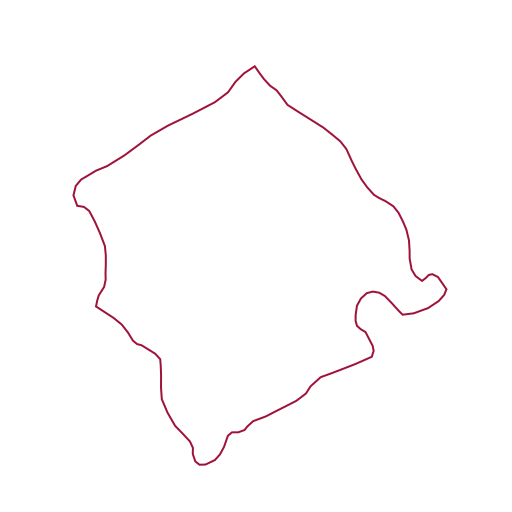 Mougalaba, Ngounié, Gabon (Equal Earth projection), rotated 160°
{"feature_id": "22940354B67008732943825", "entity_name": "Mougalaba", "entity_type": "district", "adm_level": 2, "iso_a3": "GAB", "parent_name": "Gabon", "parent_adm1": "Ngounié", "projection": "equal_earth", "projection_center": [10.772, -2.045], "detail": "fine", "context": "isolated", "style": "outline", "palette": "rose", "viewbox_px": 512, "rotation_deg": 160, "n_neighbors": 0, "source": "geoboundaries", "source_scale": "gbopen_adm2", "svg_char_len": 1636}
<svg xmlns="http://www.w3.org/2000/svg" viewBox="0 0 512 512"><g transform="rotate(160 256 256)"><path d="M406.8,364.3L400.9,361.0L397.3,355.3L395.7,343.7L394.8,330.9L394.6,317.0L396.9,308.0L400.0,299.5L403.4,291.0L405.4,285.1L409.3,278.9L412.9,276.1L417.2,272.8L420.4,268.5L423.6,263.3L411.2,246.8L405.6,237.5L402.5,227.9L400.6,218.6L397.9,213.9L394.1,211.3L384.1,198.6L381.3,191.8L383.1,185.3L386.1,176.1L390.3,164.7L393.5,153.6L392.7,139.0L390.1,124.1L385.5,113.8L381.5,104.3L380.9,97.3L383.1,91.6L383.3,83.8L380.5,79.2L374.8,77.3L364.4,78.3L357.7,81.9L351.3,87.6L343.9,96.7L338.9,98.5L333.1,96.4L326.3,96.4L322.4,98.8L315.1,101.8L301.6,101.9L289.1,103.5L267.7,106.1L256.1,109.7L249.3,114.9L236.7,120.0L224.5,120.0L199.7,120.5L181.7,121.7L177.9,126.6L177.1,131.7L178.1,139.3L179.1,147.1L182.5,151.2L185.0,155.8L184.6,161.0L182.5,166.6L178.1,174.8L171.9,180.2L164.6,183.2L158.4,182.6L152.8,179.4L148.5,174.2L144.3,164.7L140.7,155.8L138.3,150.7L127.4,148.2L112.1,148.2L99.7,151.2L92.6,155.0L88.4,159.6L92.2,174.0L96.5,178.6L100.1,179.1L104.1,177.2L108.5,175.8L112.9,182.6L114.4,190.2L112.5,201.0L109.9,208.3L106.9,218.4L105.7,229.2L106.1,238.1L107.3,247.9L109.9,255.7L115.6,263.3L120.6,268.5L124.2,273.1L128.0,282.5L130.7,292.0L132.5,303.7L133.5,312.6L134.5,325.6L137.5,334.8L142.7,343.7L148.7,353.5L167.7,378.0L174.7,387.2L177.5,396.9L180.0,404.7L184.5,411.1L188.0,419.5L190.1,426.5L192.3,434.7L204.9,431.7L215.7,426.7L226.3,419.4L242.0,414.6L266.4,411.4L293.6,408.7L313.7,405.2L327.2,400.9L345.5,395.5L365.2,391.4L377.2,390.9L394.3,387.6L401.4,383.5L406.8,375.4L406.8,364.3Z" fill="none" stroke="#9f1239" stroke-width="2"/></g></svg>